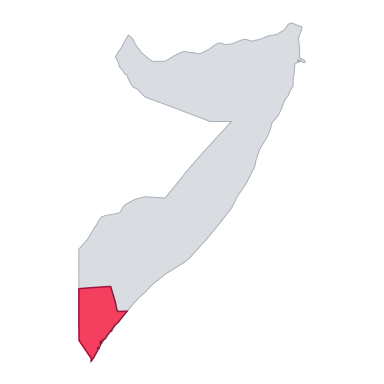 Jubbada Hoose highlighted on a map of Somalia
{"feature_id": "SOM-2645", "entity_name": "Jubbada Hoose", "entity_type": "Region", "adm_level": 1, "iso_a3": "SOM", "parent_name": "Somalia", "parent_adm1": "", "projection": "robinson", "projection_center": [41.866, -0.188], "detail": "fine", "context": "in_parent", "style": "filled", "palette": "rose", "viewbox_px": 384, "rotation_deg": 0, "n_neighbors": 0, "source": "natural_earth", "source_scale": "10m", "svg_char_len": 4027}
<svg xmlns="http://www.w3.org/2000/svg" viewBox="0 0 384 384"><path d="M91.3,358.9L90.9,357.9L88.9,354.9L85.0,349.2L82.1,344.9L79.1,340.6L79.1,337.1L79.0,326.6L79.0,305.8L78.9,285.0L78.8,264.2L78.8,253.8L78.8,249.5L79.1,248.8L82.5,245.0L87.0,240.0L92.9,230.4L96.2,225.2L98.8,220.8L99.5,219.5L101.9,216.8L106.3,215.3L109.1,215.0L118.6,213.0L120.0,212.2L120.9,211.3L121.7,209.3L123.5,206.3L125.9,204.3L130.4,201.7L134.9,199.5L135.9,199.1L141.2,197.7L142.5,197.3L144.7,196.8L145.6,196.8L153.0,197.2L158.8,197.6L164.8,198.0L165.4,197.7L169.6,192.5L176.3,184.3L180.5,179.0L187.0,170.9L192.1,165.1L197.6,158.6L203.0,152.6L209.5,145.5L213.6,141.0L220.0,134.0L226.0,127.4L231.4,121.5L224.0,121.5L216.7,121.5L209.6,121.5L208.3,120.8L202.4,118.5L194.8,115.6L185.4,112.1L178.7,109.5L171.5,106.8L164.3,104.1L158.6,102.0L151.5,99.4L145.3,97.1L144.5,96.5L141.1,93.0L136.6,88.4L135.7,88.3L133.6,87.4L131.6,84.9L129.7,81.7L127.8,77.7L127.0,75.0L124.6,73.9L123.4,71.7L121.2,68.6L119.6,67.0L119.1,65.7L118.4,62.9L117.1,59.9L115.9,58.0L115.6,57.2L115.7,56.7L117.9,52.6L118.9,51.1L120.1,49.7L121.0,48.3L121.4,47.4L124.1,42.5L126.5,38.3L128.4,35.0L132.6,38.8L136.7,46.5L141.6,52.7L148.2,58.4L150.8,60.4L153.2,61.4L165.2,61.3L173.8,56.0L181.6,52.2L184.2,51.4L188.7,52.4L193.7,52.7L198.2,53.9L200.4,53.6L209.3,49.2L214.8,44.9L218.6,43.0L220.1,43.0L225.3,44.6L231.9,43.9L241.0,40.2L243.9,39.4L246.1,39.4L251.1,41.0L251.8,41.0L254.5,40.6L261.6,38.9L267.1,36.2L277.2,34.3L284.9,29.4L286.2,27.0L288.5,24.0L291.9,23.0L300.6,26.5L302.0,26.8L301.5,28.9L301.2,31.1L299.5,34.9L298.4,39.0L299.3,45.4L299.7,55.8L299.6,57.3L299.0,58.8L298.8,60.0L297.8,60.4L297.4,61.1L298.1,61.3L300.8,60.2L300.7,59.0L300.9,58.3L303.1,59.7L304.7,60.3L305.2,61.6L305.1,62.5L302.6,62.1L301.3,61.4L297.5,62.5L295.2,63.8L294.6,65.8L294.1,73.9L293.2,79.2L293.1,86.2L290.1,90.8L289.1,94.0L284.6,100.6L282.3,106.1L281.5,108.9L277.6,116.5L272.1,122.4L270.2,129.9L268.2,134.5L266.1,138.8L261.3,146.4L258.8,151.6L255.8,160.8L254.8,166.6L246.2,183.3L237.2,196.7L231.6,208.0L221.5,221.0L207.7,237.9L189.7,257.9L184.8,262.0L165.1,274.3L152.2,284.7L145.7,291.7L138.8,297.9L133.4,303.7L116.9,323.4L115.2,325.3L113.6,327.0L111.5,330.3L110.1,331.7L106.1,337.3L103.7,340.2L100.9,343.1L99.8,345.1L98.9,347.5L98.0,348.8L95.5,354.4L93.3,358.1L91.2,360.9L91.3,358.9Z" fill="#d9dde1" stroke="#a8b0b8" stroke-width="1"/><path d="M91.2,360.5L91.3,358.9L91.2,358.5L91.0,357.9L90.1,356.7L89.0,355.1L87.9,353.5L86.8,351.8L85.7,350.3L84.7,348.8L83.5,347.0L82.4,345.4L81.3,343.8L80.8,343.0L80.2,342.2L79.7,341.4L79.1,340.6L79.1,338.7L79.1,337.0L79.0,335.2L79.0,332.5L79.0,329.8L78.9,327.2L78.9,324.5L78.9,322.8L78.9,321.2L78.9,319.1L78.9,316.0L78.9,313.0L78.9,309.9L78.9,306.8L78.9,303.7L78.9,300.6L78.9,297.5L78.9,294.4L78.9,291.3L78.9,288.7L88.7,287.9L105.7,286.7L110.7,286.5L115.1,301.3L117.3,311.4L127.1,311.2L125.2,313.5L120.8,319.0L118.2,322.3L116.9,323.4L115.5,324.7L114.0,326.4L113.5,327.3L113.4,327.5L113.5,327.7L113.4,327.9L112.9,328.0L112.7,328.2L111.8,329.5L111.7,329.9L112.0,330.2L111.8,330.6L111.7,330.7L111.7,330.4L111.5,330.2L110.4,331.2L110.2,331.4L110.0,331.8L109.7,332.3L109.0,333.0L106.8,336.0L106.7,336.2L106.7,336.4L106.7,336.5L106.4,336.7L105.6,338.2L105.0,338.9L104.7,339.2L104.3,339.4L103.9,339.5L103.3,339.5L102.9,339.5L102.7,339.8L103.1,339.9L103.1,340.4L102.9,340.9L102.8,341.2L102.5,341.3L102.2,341.8L101.9,342.3L101.8,342.8L101.7,343.0L101.0,343.6L100.8,343.8L100.7,343.6L100.6,342.5L100.6,341.6L100.5,341.2L100.3,341.2L100.4,341.5L100.3,341.8L100.2,342.1L100.2,342.4L100.2,342.6L100.3,343.0L100.3,343.3L100.4,343.6L100.5,343.7L100.7,343.8L100.8,344.0L100.7,344.3L100.5,344.8L100.5,345.1L100.3,345.5L99.8,346.0L99.7,346.2L99.7,346.5L99.4,347.0L98.6,348.1L98.5,348.4L98.6,348.6L98.8,348.6L99.0,348.4L98.9,348.9L98.4,349.0L97.9,348.6L97.8,347.9L97.6,347.9L97.7,348.4L97.9,349.3L97.9,349.8L97.8,350.2L95.5,354.4L95.0,355.1L94.6,355.9L93.8,357.7L93.4,358.1L92.9,358.4L92.1,359.9L91.7,360.3L91.8,360.3L91.2,361.0L91.2,360.5Z" fill="#f43f5e" stroke="#9f1239" stroke-width="1.5"/></svg>